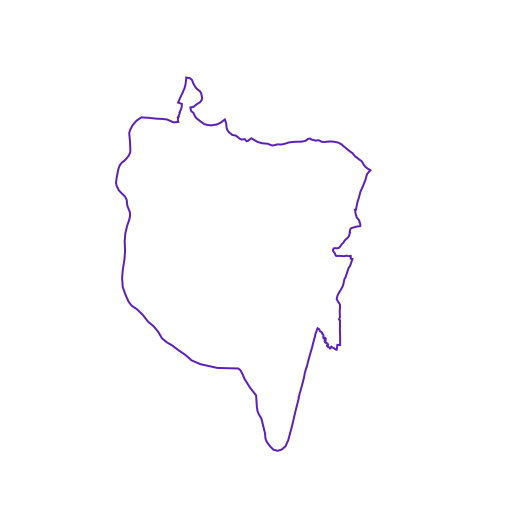 Doicesti, Dâmbovita, Romania, rotated 341°
{"feature_id": "2599482B68279718478530", "entity_name": "Doicesti", "entity_type": "district", "adm_level": 2, "iso_a3": "ROU", "parent_name": "Romania", "parent_adm1": "Dâmbovita", "projection": "mercator", "projection_center": [25.417, 44.992], "detail": "fine", "context": "isolated", "style": "outline", "palette": "violet", "viewbox_px": 512, "rotation_deg": 341, "n_neighbors": 0, "source": "geoboundaries", "source_scale": "gbopen_adm2", "svg_char_len": 6096}
<svg xmlns="http://www.w3.org/2000/svg" viewBox="0 0 512 512"><g transform="rotate(341 256 256)"><path d="M392.1,212.2L391.2,211.2L390.0,209.6L388.6,207.6L388.1,206.4L387.5,204.2L387.1,202.1L386.6,200.5L385.7,199.3L384.7,197.9L384.3,197.2L383.6,196.2L383.3,195.7L382.8,195.1L382.2,194.2L381.9,193.5L381.5,192.3L381.2,191.6L380.9,190.7L380.5,189.8L379.5,188.6L378.2,186.6L377.4,185.4L377.2,184.9L377.0,184.7L375.3,181.9L374.3,180.3L373.9,179.6L373.6,178.9L373.0,178.1L372.0,177.0L370.9,175.8L369.6,174.9L368.2,174.1L366.5,173.1L365.0,172.5L363.3,171.8L361.2,171.3L359.8,170.9L358.4,170.6L357.0,170.1L355.9,169.7L355.3,169.4L354.4,168.4L353.8,167.7L353.2,167.2L352.5,166.8L351.6,166.6L350.4,166.4L349.7,166.2L348.3,165.1L346.9,164.3L346.1,163.8L345.8,163.2L345.6,162.8L345.2,162.5L344.2,162.4L343.4,162.3L342.4,162.5L341.5,162.9L340.1,163.2L337.6,162.9L335.9,162.6L334.6,162.2L332.9,161.6L331.1,161.0L329.1,160.5L326.9,159.9L325.4,159.6L324.2,159.4L323.0,159.3L321.7,159.4L320.9,159.3L319.8,159.2L318.9,159.2L317.8,159.1L316.9,158.9L316.0,158.7L315.0,158.4L314.5,158.2L313.7,157.8L312.8,157.5L311.7,157.3L310.4,157.3L309.3,157.2L308.2,157.0L307.5,156.8L306.3,156.1L304.6,154.5L303.5,153.6L302.4,153.1L300.7,152.4L299.2,151.7L298.4,151.4L297.8,150.9L296.2,149.8L294.7,148.7L292.5,146.3L291.7,145.4L291.0,144.5L290.4,143.9L290.0,143.2L288.0,143.7L285.6,144.6L284.4,144.2L283.4,141.9L280.1,141.1L278.6,139.5L276.9,136.7L275.8,135.4L273.0,133.8L270.6,130.0L269.9,127.2L270.0,124.8L271.0,120.9L271.0,116.8L266.0,118.4L262.0,118.9L256.1,117.9L252.4,116.1L249.7,114.1L247.3,110.6L244.6,106.4L243.9,104.7L243.4,100.3L242.1,98.2L241.9,97.1L242.3,94.2L245.6,94.6L249.1,93.3L253.1,92.4L255.5,90.7L256.4,89.3L257.1,84.8L256.7,82.1L254.9,79.4L253.8,77.0L252.9,72.5L252.8,68.7L251.2,66.2L248.3,64.7L248.1,64.6L247.6,66.1L247.0,67.3L245.1,71.0L243.3,73.7L242.6,74.6L241.8,75.4L240.8,76.5L239.9,77.6L237.6,79.9L234.9,82.7L232.3,85.6L235.4,88.1L234.8,89.6L234.4,90.5L234.0,91.4L232.8,92.8L232.6,93.2L230.5,95.2L230.7,95.7L229.9,96.7L228.3,98.6L227.5,99.3L227.9,99.5L227.3,100.1L226.6,101.4L226.4,102.2L226.2,102.7L226.0,103.3L226.1,103.9L222.7,103.1L221.6,102.8L220.3,101.7L219.6,100.9L218.4,99.9L217.8,99.3L217.5,99.0L217.2,98.8L216.3,97.9L212.0,95.9L210.8,95.4L208.5,94.5L206.3,93.6L198.8,90.1L198.2,89.8L196.0,89.0L192.8,87.6L191.1,88.0L187.2,89.1L182.1,92.0L178.1,95.7L176.1,98.6L174.2,106.5L171.6,115.2L170.5,117.5L167.8,120.1L163.4,122.7L159.6,124.0L156.9,125.7L154.1,129.1L151.4,133.7L149.6,136.9L147.4,141.4L147.1,144.2L147.2,145.2L147.5,147.2L147.6,149.0L148.9,152.0L149.9,153.9L151.4,156.9L152.0,161.0L151.5,163.1L150.7,166.5L151.0,173.1L150.6,175.3L149.9,177.2L148.0,180.4L144.2,185.2L139.8,192.1L136.5,199.6L133.9,208.5L130.3,216.8L125.5,225.8L122.2,233.3L119.9,242.0L120.0,250.1L120.6,257.5L122.2,262.4L126.3,267.9L129.9,275.1L132.6,283.0L136.3,289.1L138.8,295.7L140.3,303.2L143.6,308.6L147.7,313.4L152.5,320.5L157.1,326.6L161.1,333.7L168.2,340.2L177.6,345.9L182.9,349.2L202.6,356.6L203.9,358.6L204.4,360.5L204.8,363.5L205.2,368.7L207.5,378.6L210.6,387.5L210.7,387.9L207.5,399.7L206.9,403.6L207.2,407.2L208.2,411.4L206.8,426.6L205.6,431.3L205.5,433.1L205.9,436.1L206.7,438.5L207.6,441.2L209.5,444.9L213.2,447.3L217.2,447.4L222.0,445.5L225.3,441.9L226.3,441.0L230.0,435.4L234.3,429.2L234.4,428.9L235.3,427.6L238.0,423.3L239.4,421.0L241.2,418.1L243.6,414.4L248.1,407.5L250.2,404.3L250.1,403.8L254.7,397.2L254.9,396.9L257.5,393.1L259.0,390.8L259.3,390.4L260.1,389.2L261.3,387.3L262.4,385.6L264.0,382.6L264.5,382.0L265.2,380.8L266.1,379.6L268.4,376.6L271.9,371.2L272.1,371.0L274.6,367.3L276.7,364.3L279.2,360.8L279.5,360.3L281.7,356.9L282.5,355.7L283.6,354.1L285.2,351.8L285.5,351.5L286.2,350.0L287.6,348.1L290.7,344.4L291.9,345.9L291.9,347.0L292.1,348.0L293.6,350.0L293.6,350.7L293.4,351.0L293.3,351.3L293.6,351.7L294.0,352.5L293.9,353.1L293.4,354.1L293.1,355.1L293.1,355.6L293.6,355.7L293.9,355.7L294.4,355.7L294.8,355.8L294.9,356.0L295.0,356.3L295.0,356.9L294.6,357.0L294.2,356.7L293.7,357.0L293.7,357.3L293.9,357.3L294.2,357.4L294.4,357.8L294.4,358.3L293.8,358.6L293.4,358.8L293.6,359.1L293.9,359.2L293.9,359.5L293.5,359.8L293.2,360.2L293.6,360.6L294.3,361.1L294.9,361.9L295.3,362.7L295.3,363.3L295.0,363.6L294.5,363.5L294.0,363.6L293.9,364.4L294.2,365.1L294.7,365.4L295.4,366.3L295.8,367.1L295.8,367.5L296.2,367.6L297.7,366.3L299.6,368.6L301.4,370.7L301.7,370.9L302.0,370.5L302.8,369.0L304.0,366.5L306.5,367.6L306.7,366.9L307.3,365.4L307.4,365.2L307.6,364.6L309.2,359.9L310.2,356.7L311.3,353.0L312.4,350.2L313.8,346.0L314.1,345.3L314.2,344.8L314.4,344.4L314.5,344.1L313.8,343.1L314.6,342.0L315.5,341.1L315.8,340.2L316.4,338.0L317.3,335.2L318.2,333.1L318.5,332.3L319.0,331.1L319.4,329.9L319.5,329.2L319.3,327.7L318.8,326.0L318.2,323.4L318.4,322.7L320.0,320.2L321.5,318.7L322.3,317.9L323.7,316.7L325.5,315.3L327.3,313.6L328.7,312.2L329.9,310.3L331.9,307.0L332.3,306.4L333.0,305.9L333.6,305.4L339.8,297.3L341.0,296.6L342.3,295.3L344.3,292.7L346.2,290.2L344.7,289.3L345.0,288.4L345.5,287.2L345.6,286.7L345.3,286.6L344.2,286.5L343.1,286.1L341.6,285.1L340.9,285.1L339.5,284.9L337.8,284.3L335.4,283.2L331.9,282.1L331.5,281.4L331.5,279.6L331.2,278.6L330.9,277.1L330.5,276.2L330.7,275.6L331.1,274.9L331.9,274.2L332.1,274.1L332.6,274.2L333.7,274.5L334.7,274.9L335.6,275.2L336.3,275.3L336.9,275.2L337.2,275.2L338.1,274.8L339.6,273.8L341.0,272.8L341.8,272.3L342.4,272.1L343.0,271.8L343.6,271.4L344.4,270.6L344.8,270.3L345.4,270.0L346.5,269.5L348.2,268.8L348.7,268.6L349.2,268.4L349.7,268.0L350.4,267.4L350.8,266.8L351.6,265.7L352.2,264.4L352.3,264.3L352.6,264.3L352.6,264.1L352.6,263.7L352.6,263.3L353.1,262.7L353.6,261.8L354.4,261.0L355.4,260.7L360.5,260.9L364.2,261.7L364.4,261.2L364.7,261.0L364.8,260.7L364.8,260.4L364.9,260.0L364.9,259.4L365.1,258.9L365.1,258.6L365.0,258.4L364.8,258.1L365.0,257.8L365.0,257.3L365.1,256.3L365.1,255.8L364.3,253.7L363.8,252.5L363.8,251.9L363.9,251.0L363.9,248.8L364.3,246.7L364.6,244.4L365.2,244.4L365.6,244.6L369.9,237.4L371.1,236.0L375.7,229.2L380.2,224.4L384.0,220.0L386.1,216.9L387.7,214.7L389.5,213.6L392.1,212.2Z" fill="none" stroke="#5b21b6" stroke-width="2"/></g></svg>